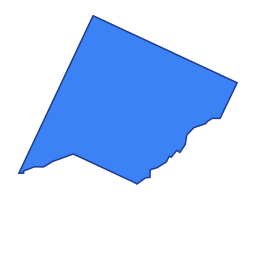 outline of Van Zandt, Texas, United States of America, rotated 115°
{"feature_id": "52423323B97041282112733", "entity_name": "Van Zandt", "entity_type": "district", "adm_level": 2, "iso_a3": "USA", "parent_name": "United States of America", "parent_adm1": "Texas", "projection": "robinson", "projection_center": [-95.727, 32.597], "detail": "fine", "context": "isolated", "style": "filled", "palette": "blue", "viewbox_px": 256, "rotation_deg": 115, "n_neighbors": 0, "source": "geoboundaries", "source_scale": "gbopen_adm2", "svg_char_len": 480}
<svg xmlns="http://www.w3.org/2000/svg" viewBox="0 0 256 256"><g transform="rotate(115 128 128)"><path d="M41.0,207.1L215.1,207.8L213.0,203.5L211.3,204.6L202.7,196.4L199.0,188.1L190.1,182.1L174.7,166.6L174.7,98.2L175.0,96.2L165.8,91.1L163.4,87.2L156.5,90.2L151.6,84.8L142.5,78.9L136.2,78.7L136.2,76.5L127.6,74.3L128.3,70.7L118.8,69.1L109.5,71.8L99.9,68.5L91.3,59.6L88.1,58.6L83.7,55.8L80.4,48.6L40.9,48.2L41.0,207.1Z" fill="#3b82f6" stroke="#1e3a8a" stroke-width="1.5"/></g></svg>